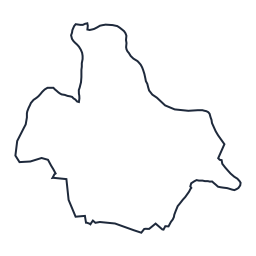 Ini, Akwa Ibom, Nigeria (Robinson projection)
{"feature_id": "59680162B87442417129591", "entity_name": "Ini", "entity_type": "district", "adm_level": 2, "iso_a3": "NGA", "parent_name": "Nigeria", "parent_adm1": "Akwa Ibom", "projection": "robinson", "projection_center": [7.758, 5.403], "detail": "fine", "context": "isolated", "style": "outline", "palette": "slate", "viewbox_px": 256, "rotation_deg": 0, "n_neighbors": 0, "source": "geoboundaries", "source_scale": "gbopen_adm2", "svg_char_len": 2452}
<svg xmlns="http://www.w3.org/2000/svg" viewBox="0 0 256 256"><path d="M163.5,229.6L165.3,226.2L168.5,226.4L170.9,221.9L172.8,219.4L173.9,217.0L174.3,214.7L175.7,211.0L177.7,206.1L179.3,204.2L182.9,199.6L185.2,197.1L189.1,191.6L190.4,189.0L191.3,187.9L190.3,186.4L191.2,183.3L194.4,181.2L196.6,180.1L198.9,180.6L202.5,180.6L204.8,181.1L205.3,181.1L207.1,181.1L208.2,181.2L209.8,181.6L212.1,181.5L213.9,183.1L215.7,184.6L218.0,186.7L220.3,187.2L223.0,187.6L227.1,188.1L228.9,188.6L232.1,189.6L234.4,190.1L236.6,189.1L238.4,188.0L240.2,185.4L240.6,182.8L239.7,181.3L237.4,178.7L234.2,176.7L230.6,173.6L227.8,170.5L225.1,167.4L222.3,163.8L221.6,160.1L219.7,159.8L218.2,158.2L224.4,144.2L218.5,135.9L217.9,135.0L215.7,131.3L214.3,128.2L212.0,123.1L211.5,119.9L210.6,117.4L209.6,113.8L208.3,112.2L206.4,111.2L204.2,110.7L202.4,110.2L200.1,110.2L197.8,110.2L188.3,110.8L174.7,109.4L165.1,105.4L156.9,97.7L152.3,94.6L149.1,90.5L148.2,87.4L147.3,83.8L145.9,81.2L145.4,78.6L144.4,74.0L143.1,69.9L142.1,67.3L140.7,64.7L138.9,62.6L137.5,61.1L133.4,58.6L130.7,56.0L128.8,52.9L127.5,51.4L126.5,49.3L126.1,47.2L126.5,43.1L126.0,40.0L126.4,35.8L125.5,33.3L124.1,31.2L122.3,29.7L119.6,27.6L117.3,26.1L115.0,25.6L112.7,25.1L108.2,24.8L106.4,24.7L105.9,24.6L102.3,25.2L100.0,25.7L97.3,27.3L94.2,28.9L92.4,29.4L89.6,30.0L87.4,29.5L87.8,25.8L87.3,23.3L85.1,23.8L82.8,24.9L80.5,24.9L75.7,24.2L74.2,26.0L73.3,28.0L72.4,30.1L72.0,32.7L71.1,35.3L72.0,38.9L73.4,41.0L74.8,42.5L77.1,44.6L78.9,46.6L80.8,49.7L82.1,52.8L82.6,55.9L82.6,59.0L82.3,60.6L81.8,63.2L81.8,66.8L81.4,69.9L81.4,72.5L81.4,74.6L81.4,77.1L81.0,82.3L80.2,85.4L79.7,87.5L78.8,90.1L78.9,93.7L79.3,95.8L79.4,98.4L78.9,102.0L77.1,101.5L75.3,99.5L73.5,98.4L72.1,96.9L70.3,96.4L67.5,95.9L64.8,94.9L61.6,94.4L59.8,93.4L58.4,92.4L56.6,90.8L54.8,89.3L53.4,87.8L49.8,87.8L47.5,87.8L45.8,88.8L44.8,89.4L43.5,90.6L42.1,92.0L40.4,94.1L38.5,96.2L36.7,97.7L35.0,98.9L33.6,99.8L30.9,103.0L30.0,105.1L28.7,107.7L27.3,111.3L26.9,113.4L26.9,117.5L25.7,124.4L23.6,128.4L17.2,141.0L15.4,155.6L19.5,162.1L30.3,161.5L41.6,158.0L48.0,159.8L51.1,165.6L53.3,169.2L55.6,173.5L54.3,174.4L53.7,175.7L52.5,177.9L53.2,177.8L66.4,179.1L68.6,199.9L75.6,216.7L84.9,215.9L86.0,222.7L86.4,222.7L87.1,222.8L88.5,223.3L89.6,223.7L90.4,224.3L91.4,222.7L92.9,220.6L95.4,222.8L99.8,222.0L115.0,223.5L134.0,230.3L141.3,232.7L144.2,229.0L145.4,228.8L149.1,228.9L155.6,223.6L162.3,229.4L163.5,229.6Z" fill="none" stroke="#1e293b" stroke-width="2"/></svg>